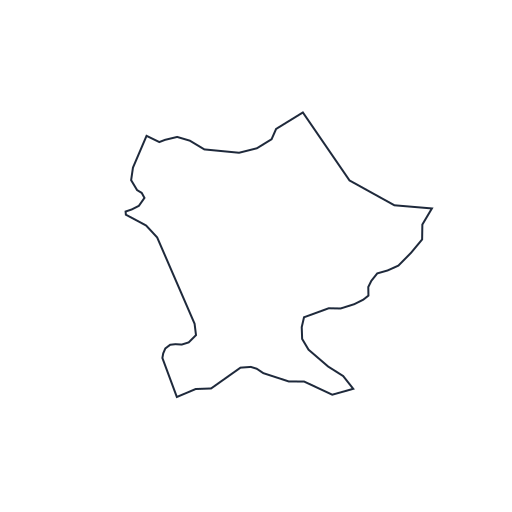 outline of Škofja Loka, rotated 224°
{"feature_id": "SVN-1017", "entity_name": "Škofja Loka", "entity_type": "Municipality", "adm_level": 1, "iso_a3": "SVN", "parent_name": "Slovenia", "parent_adm1": "", "projection": "albers", "projection_center": [14.27, 46.166], "detail": "fine", "context": "isolated", "style": "outline", "palette": "slate", "viewbox_px": 512, "rotation_deg": 224, "n_neighbors": 0, "source": "natural_earth", "source_scale": "10m", "svg_char_len": 943}
<svg xmlns="http://www.w3.org/2000/svg" viewBox="0 0 512 512"><g transform="rotate(224 256 256)"><path d="M215.0,99.6L252.5,117.6L255.1,121.5L257.0,126.5L256.1,132.5L252.7,136.6L247.9,140.7L244.4,147.1L244.2,157.4L253.1,164.6L340.0,200.7L356.2,201.6L378.3,195.3L380.7,197.4L377.7,203.2L375.1,210.7L376.6,220.3L382.0,222.0L387.3,220.8L398.5,223.8L405.9,234.1L418.2,266.4L404.7,270.8L402.1,276.4L395.4,286.9L383.7,293.0L367.2,296.8L339.9,318.5L330.2,334.1L325.9,350.8L329.8,361.4L322.0,391.8L241.2,375.3L191.7,388.6L162.5,412.4L158.2,394.2L148.0,383.3L146.7,366.0L146.9,348.0L151.3,337.0L156.7,327.7L155.8,318.3L153.7,311.7L147.6,305.6L148.5,299.1L151.9,289.5L158.7,277.0L167.4,268.9L178.9,245.3L173.7,236.6L165.2,228.4L153.1,225.1L127.3,226.6L109.9,230.2L93.8,228.0L104.8,209.2L134.2,199.1L145.3,188.5L169.4,176.8L177.2,175.4L182.7,172.6L189.6,164.9L196.3,129.5L207.0,118.4L215.0,99.6Z" fill="none" stroke="#1e293b" stroke-width="2"/></g></svg>